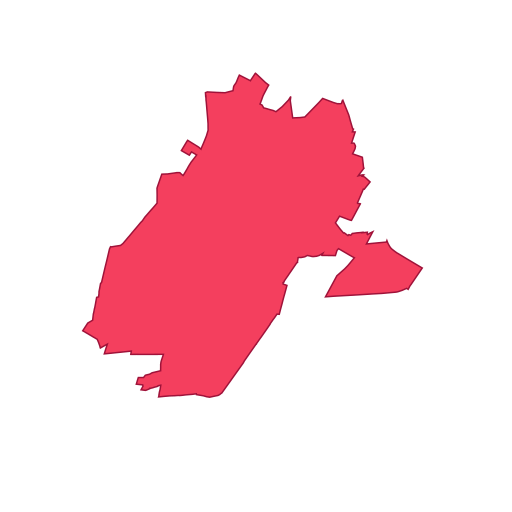 outline of Valmiera, Valmiera, Latvia, rotated 308°
{"feature_id": "27541924B28912918597311", "entity_name": "Valmiera", "entity_type": "district", "adm_level": 2, "iso_a3": "LVA", "parent_name": "Latvia", "parent_adm1": "Valmiera", "projection": "natural_earth1", "projection_center": [25.423, 57.526], "detail": "fine", "context": "isolated", "style": "filled", "palette": "rose", "viewbox_px": 512, "rotation_deg": 308, "n_neighbors": 0, "source": "geoboundaries", "source_scale": "gbopen_adm2", "svg_char_len": 5785}
<svg xmlns="http://www.w3.org/2000/svg" viewBox="0 0 512 512"><g transform="rotate(308 256 256)"><path d="M124.4,312.7L126.2,313.1L126.9,313.4L163.9,311.8L166.2,311.4L175.2,310.9L183.1,310.5L186.8,310.3L186.9,310.5L187.3,310.4L187.7,310.3L193.8,310.0L194.3,310.0L194.9,310.0L204.2,309.5L210.9,309.1L211.0,309.1L211.2,308.9L216.8,308.6L217.8,308.6L218.7,308.6L223.1,308.3L224.4,310.2L229.2,308.1L231.8,307.0L234.2,306.0L235.1,305.6L237.6,304.5L239.7,303.6L241.6,302.8L242.6,302.4L243.6,302.0L251.9,298.5L250.6,294.7L251.7,293.7L252.8,294.1L253.6,293.7L254.9,293.6L256.3,293.5L260.1,293.3L263.0,293.1L266.4,292.9L275.7,292.3L276.5,292.7L277.0,292.2L278.7,291.3L280.6,290.2L281.2,290.6L282.5,292.4L284.2,293.9L285.5,295.0L288.0,296.1L289.4,298.9L290.0,300.3L290.7,301.4L293.1,303.9L295.6,305.6L299.2,307.0L297.1,307.3L297.0,307.5L297.3,308.0L297.6,308.3L301.4,313.3L305.2,318.3L310.2,316.4L312.6,316.5L312.9,318.8L313.8,325.4L314.3,329.1L314.8,332.6L315.2,334.6L305.1,334.3L300.4,333.8L290.2,331.9L266.6,335.9L272.6,342.5L288.2,360.3L297.8,371.1L304.0,378.2L313.1,387.9L314.1,388.9L314.9,389.6L316.0,390.4L317.4,391.3L318.9,392.3L320.6,393.2L323.2,394.6L323.4,396.0L323.4,396.4L327.5,395.7L328.9,395.7L348.9,394.4L347.8,385.9L346.5,375.7L345.4,366.4L345.2,365.1L345.1,362.7L345.1,358.8L345.2,357.8L345.4,356.9L345.7,355.8L346.5,353.8L347.2,352.2L347.9,351.0L348.7,349.7L347.3,350.2L338.7,341.1L333.5,335.6L336.5,335.0L342.6,333.9L347.0,333.1L344.4,331.8L343.2,331.3L341.6,330.8L341.7,330.0L343.3,329.1L342.7,328.5L339.6,325.2L339.8,325.1L340.0,325.1L338.9,324.0L336.1,321.0L333.7,318.7L333.1,318.0L332.5,318.0L330.7,317.9L330.0,316.0L328.7,315.9L328.6,311.3L328.0,310.8L328.8,306.8L329.2,305.1L331.0,298.2L338.0,297.4L338.8,297.3L339.7,300.1L341.1,304.6L341.3,305.3L341.5,306.0L341.7,306.4L341.9,307.2L342.5,308.7L342.7,309.2L342.8,309.3L348.2,308.4L355.0,307.2L361.4,306.1L361.4,305.9L360.1,304.0L360.2,303.3L360.9,303.1L363.9,302.3L372.0,300.2L374.8,299.4L375.2,300.2L384.6,300.3L385.1,293.5L384.9,292.0L384.2,290.6L386.2,291.0L385.9,290.4L384.1,288.7L382.1,287.2L383.8,287.1L384.4,287.1L391.7,287.0L391.8,286.4L394.4,283.9L399.3,279.0L398.0,275.1L397.0,272.3L396.8,271.7L396.0,269.2L396.8,269.0L399.0,268.6L401.5,268.0L403.8,266.8L404.8,265.0L405.0,264.5L405.2,264.1L405.2,263.6L405.0,263.4L403.8,261.8L405.7,261.1L407.9,260.3L414.8,257.8L413.2,255.5L416.0,254.7L415.8,253.8L420.7,247.0L421.6,245.8L422.9,244.1L424.2,242.3L424.4,242.0L428.4,235.1L432.2,228.6L431.7,228.6L431.6,228.4L428.8,229.4L427.9,228.7L426.0,226.2L425.6,225.1L425.1,223.8L424.6,222.5L423.7,219.6L421.2,211.5L415.9,211.1L412.1,210.7L395.6,208.9L392.2,205.5L387.4,199.9L399.3,187.6L399.5,187.4L403.1,185.2L398.9,185.6L389.8,184.7L382.0,182.9L381.2,179.8L380.1,177.3L380.0,177.1L379.7,176.3L379.4,175.5L379.1,174.9L378.9,174.2L377.7,171.4L377.4,170.8L378.0,169.6L378.7,167.7L378.3,166.3L378.2,165.6L379.4,165.3L380.3,165.0L381.1,164.7L382.5,164.3L383.9,163.8L385.4,163.3L386.7,162.9L388.7,162.5L390.3,162.2L392.0,161.9L393.6,161.6L395.2,161.3L396.9,161.0L398.5,160.8L398.5,156.7L398.8,153.3L399.5,146.1L399.6,144.6L399.7,143.1L399.4,143.0L399.1,143.0L395.2,143.3L391.3,143.6L391.0,143.6L390.7,143.7L389.5,137.6L388.3,131.5L385.7,132.1L384.0,132.6L381.6,133.3L379.7,133.7L379.1,133.7L377.0,133.8L376.4,133.9L376.0,134.0L375.5,134.2L372.1,136.1L368.9,133.6L365.6,131.1L360.4,123.9L355.3,116.6L355.2,116.6L353.6,115.6L350.9,118.0L351.1,118.1L348.5,120.3L348.3,120.4L346.6,122.1L334.0,133.8L330.8,136.7L326.5,140.1L325.7,140.8L321.6,142.4L320.4,142.9L316.7,144.0L311.7,145.4L307.8,146.4L306.3,146.9L306.5,143.8L305.1,130.9L303.5,131.0L293.1,132.3L294.4,141.4L298.3,141.1L298.7,144.0L299.1,147.0L296.6,147.1L294.2,147.1L291.9,147.1L289.7,147.1L289.1,147.2L288.0,147.3L286.9,147.4L284.6,147.7L282.3,148.1L279.9,148.4L277.7,148.7L274.8,149.0L274.5,149.0L274.6,146.0L274.8,144.8L274.5,144.2L272.8,142.1L272.2,141.6L268.6,138.1L266.1,135.7L265.9,135.5L265.8,135.3L262.6,131.5L262.5,131.4L249.3,135.9L248.4,136.3L246.2,138.1L243.1,140.6L238.8,143.9L238.0,144.5L237.5,144.9L236.7,145.5L230.3,145.2L227.5,145.0L218.3,144.5L213.6,144.8L212.3,144.6L211.0,144.5L205.1,144.3L200.1,144.1L197.2,144.0L193.7,143.9L192.2,143.8L184.3,143.5L184.0,143.5L180.8,142.7L180.3,142.1L179.6,141.5L177.5,139.5L174.8,137.0L173.6,135.8L173.6,135.7L171.4,136.2L160.1,141.4L154.5,143.9L140.0,150.6L138.7,150.4L133.9,152.9L133.5,153.1L131.3,154.2L129.6,155.5L128.2,156.3L126.8,157.1L125.3,155.9L120.5,158.4L119.6,158.9L116.7,160.4L115.7,160.9L115.1,161.1L112.6,162.4L111.2,163.1L110.4,163.4L109.7,163.8L105.5,166.4L104.8,166.8L99.6,164.7L90.4,165.5L91.8,175.9L92.0,177.7L92.0,177.9L92.1,178.1L92.6,182.2L90.7,185.6L89.4,187.6L88.9,188.4L88.3,189.2L88.2,189.2L87.7,190.0L89.6,190.8L90.8,191.3L91.5,191.6L93.2,192.3L95.0,193.1L91.5,194.4L90.4,194.8L85.5,196.7L86.9,198.2L104.3,216.3L101.4,217.9L101.6,218.2L102.0,218.7L105.1,222.6L106.9,225.0L107.4,225.6L107.7,226.0L108.0,226.4L114.0,234.1L119.5,241.0L120.5,242.3L121.5,243.6L116.5,245.4L115.4,245.8L114.4,246.2L113.6,246.6L112.8,247.1L112.3,247.4L111.9,247.6L109.6,249.4L107.3,251.1L106.9,251.5L100.0,246.0L97.3,244.9L97.2,244.8L95.1,243.1L93.9,242.2L91.0,242.2L87.8,238.1L86.4,238.6L81.3,240.6L84.7,246.1L83.8,247.1L79.8,247.8L82.1,251.7L83.0,252.3L86.1,254.0L86.4,253.8L86.6,254.1L88.4,255.6L88.8,255.9L90.2,256.8L92.1,258.3L92.8,258.7L93.3,258.9L93.6,259.0L93.7,258.9L93.9,259.1L95.5,260.4L95.6,260.5L93.4,261.7L91.6,262.7L89.4,263.6L87.2,264.8L87.3,264.9L85.5,265.8L85.0,266.0L86.6,267.7L89.2,270.4L92.9,274.4L95.9,278.0L98.1,280.4L99.2,281.9L100.4,283.2L103.4,286.2L107.8,291.0L110.7,293.8L110.1,294.4L113.5,300.7L114.7,303.7L116.2,306.4L116.8,306.9L116.9,307.0L117.0,307.1L117.4,307.4L117.5,307.5L119.8,309.4L122.7,311.9L124.4,312.7Z" fill="#f43f5e" stroke="#9f1239" stroke-width="1.5"/></g></svg>